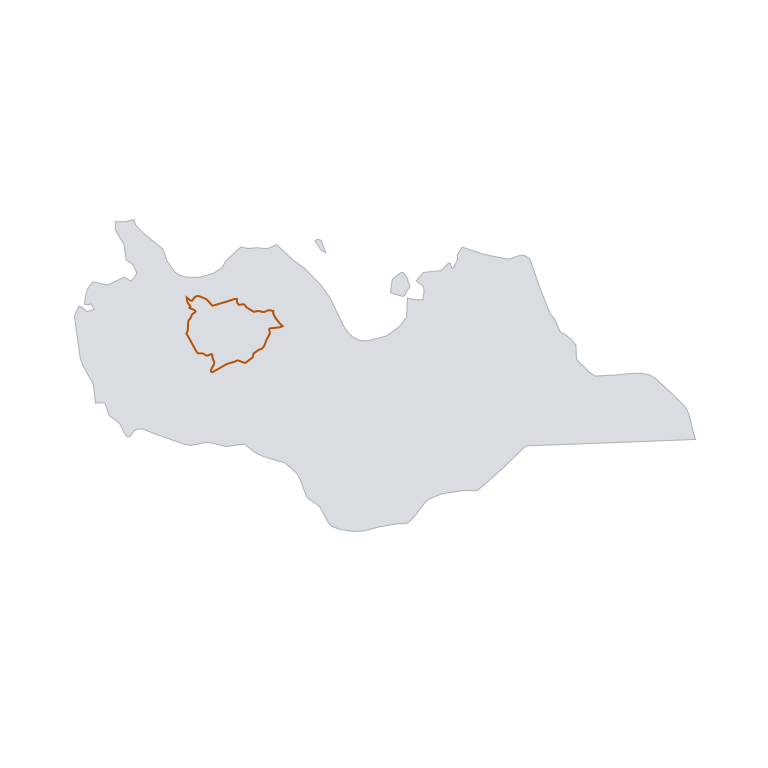 where Kairouan sits in Tunisia, rotated 280°
{"feature_id": "TUN-118", "entity_name": "Kairouan", "entity_type": "Governorate", "adm_level": 1, "iso_a3": "TUN", "parent_name": "Tunisia", "parent_adm1": "", "projection": "robinson", "projection_center": [9.864, 35.574], "detail": "medium", "context": "in_parent", "style": "outline", "palette": "amber", "viewbox_px": 768, "rotation_deg": 280, "n_neighbors": 0, "source": "natural_earth", "source_scale": "10m", "svg_char_len": 4244}
<svg xmlns="http://www.w3.org/2000/svg" viewBox="0 0 768 768"><g transform="rotate(280 384 384)"><path d="M532.2,437.4L532.0,439.8L529.5,456.7L528.9,462.8L528.6,473.1L528.6,485.5L534.6,496.0L534.8,500.6L532.5,505.9L521.6,512.0L507.4,519.9L495.2,527.3L481.8,535.5L477.7,540.8L471.1,544.9L465.5,549.0L464.5,552.9L460.6,560.3L455.5,566.3L442.8,569.0L440.4,570.8L434.5,579.7L431.8,583.2L428.5,590.5L432.8,609.5L438.2,629.0L439.2,637.1L439.1,643.9L436.2,651.2L429.4,661.6L424.4,669.3L414.8,683.1L411.9,686.5L405.3,690.5L392.5,695.8L383.5,700.5L379.0,679.5L375.1,661.6L371.9,646.8L366.2,620.7L361.5,598.6L356.7,576.5L352.4,556.4L348.1,536.3L346.2,533.3L333.1,523.8L321.1,515.1L308.5,505.1L295.0,494.3L292.9,480.7L286.0,460.1L278.7,448.7L275.9,445.7L261.2,438.3L252.6,432.8L250.3,429.7L248.7,421.3L242.7,404.7L235.9,389.6L233.4,379.4L233.2,366.6L234.6,357.3L237.6,353.4L252.2,341.8L258.9,327.9L267.2,322.7L274.4,318.8L280.2,314.2L285.4,306.9L289.4,299.1L290.1,290.6L291.8,277.2L294.5,267.9L300.6,257.3L298.1,248.8L295.0,239.6L296.0,223.6L295.2,217.2L292.6,211.5L290.0,204.1L290.0,198.0L292.6,182.0L294.6,169.8L297.8,153.8L296.8,149.4L294.5,146.1L287.6,142.6L287.5,140.4L289.2,138.1L299.5,130.3L305.1,119.0L309.7,116.6L316.7,112.5L316.4,108.0L314.9,103.3L333.1,97.9L350.4,83.9L356.5,80.4L396.7,67.5L401.9,68.4L407.7,70.3L406.0,75.1L403.7,78.9L407.1,85.7L412.0,81.6L410.7,78.8L410.5,75.1L418.7,74.8L426.0,75.4L434.0,79.4L433.5,94.7L444.2,109.7L441.2,117.1L450.0,121.5L457.8,116.2L461.6,108.4L476.0,103.9L489.6,92.4L497.1,91.3L498.8,100.7L502.5,108.9L497.4,111.8L490.8,120.5L478.5,142.7L467.0,149.3L458.4,157.8L455.6,163.9L454.8,171.0L457.0,183.7L463.3,196.6L470.6,204.3L477.6,206.8L494.0,219.1L493.8,226.4L496.1,235.1L497.0,245.6L502.7,254.0L490.6,272.4L484.0,285.7L471.0,304.0L459.5,315.9L434.6,333.7L428.5,339.5L424.5,345.6L422.7,352.0L423.4,359.5L431.6,377.9L442.5,388.7L453.6,394.6L472.9,392.2L472.3,399.3L473.7,407.8L481.5,407.4L486.8,406.1L491.2,397.8L500.7,403.4L505.6,420.7L513.7,426.1L514.6,428.1L511.8,429.4L509.6,431.4L512.0,432.8L519.7,434.9L524.4,433.6L532.2,437.4ZM491.1,389.3L489.2,389.7L485.6,392.1L483.7,392.4L478.3,389.7L476.2,389.7L473.6,387.8L474.4,377.4L475.3,374.4L488.4,374.0L495.6,380.2L496.8,381.9L497.1,383.6L493.8,387.1L491.1,389.3ZM514.6,297.3L503.2,303.7L505.4,298.1L512.9,291.4L514.8,293.0L514.6,297.3Z" fill="#d9dde1" stroke="#a8b0b8" stroke-width="1"/><path d="M434.9,174.7L432.5,179.1L432.5,180.4L436.6,182.5L437.4,183.5L438.1,184.7L438.3,185.4L438.4,186.0L437.7,190.1L436.9,193.3L436.4,194.7L435.4,196.2L431.9,200.5L431.6,201.2L431.4,201.6L431.5,201.9L431.7,202.5L440.1,219.2L440.8,220.2L441.4,221.3L442.3,224.2L439.0,225.2L437.6,226.2L437.1,226.9L436.9,227.3L436.8,227.7L436.9,228.1L438.0,231.0L438.1,231.7L438.0,232.3L437.7,233.0L436.1,234.8L435.3,236.2L433.0,241.7L432.7,242.8L432.6,243.5L432.9,244.5L433.8,246.3L433.9,246.9L434.1,248.4L434.1,249.3L433.9,251.7L434.0,253.0L434.2,253.6L434.5,254.3L436.3,256.8L436.7,257.8L436.8,259.0L436.6,262.4L434.8,262.5L433.9,262.9L432.3,263.9L429.4,266.5L425.5,270.9L424.1,273.0L423.5,274.1L422.1,272.2L421.7,271.4L419.1,262.4L418.7,261.7L418.2,261.4L414.5,262.7L413.8,262.8L406.8,260.6L401.4,259.6L399.3,258.8L398.0,258.0L397.3,257.3L396.9,256.6L396.1,255.0L391.5,250.3L391.0,250.2L390.6,250.1L389.5,250.2L388.7,250.2L387.4,249.9L386.9,249.6L381.4,244.5L380.8,243.7L380.7,242.8L381.1,240.1L381.4,239.1L381.8,236.3L381.8,235.7L381.3,234.6L379.3,232.0L379.1,231.0L376.1,225.4L366.2,213.5L365.9,212.9L365.8,212.5L365.9,212.1L366.2,211.7L367.0,211.3L367.6,211.2L368.1,211.2L373.2,212.9L375.0,213.1L375.7,213.0L376.5,212.8L379.6,210.8L381.0,210.2L382.9,209.8L383.2,209.6L383.4,209.3L383.4,208.5L383.3,208.1L382.0,206.5L381.6,205.8L381.4,205.3L381.2,204.4L381.3,203.7L382.4,200.9L382.6,199.8L382.4,198.3L381.9,196.2L381.9,195.5L382.4,194.7L383.4,193.6L399.6,180.6L401.1,181.2L401.8,181.3L403.3,181.4L409.9,180.5L412.5,180.4L414.8,181.8L415.5,182.1L418.4,182.6L418.8,182.8L419.5,183.2L420.0,183.6L422.0,185.5L422.3,185.7L422.8,185.7L423.2,185.4L423.8,184.5L424.1,183.9L424.2,183.4L424.7,180.2L424.9,179.4L425.1,179.1L425.3,179.0L426.1,179.9L426.6,180.0L427.1,179.7L428.2,178.7L428.6,178.1L429.3,177.0L430.5,176.1L434.9,174.7Z" fill="none" stroke="#b45309" stroke-width="2"/></g></svg>